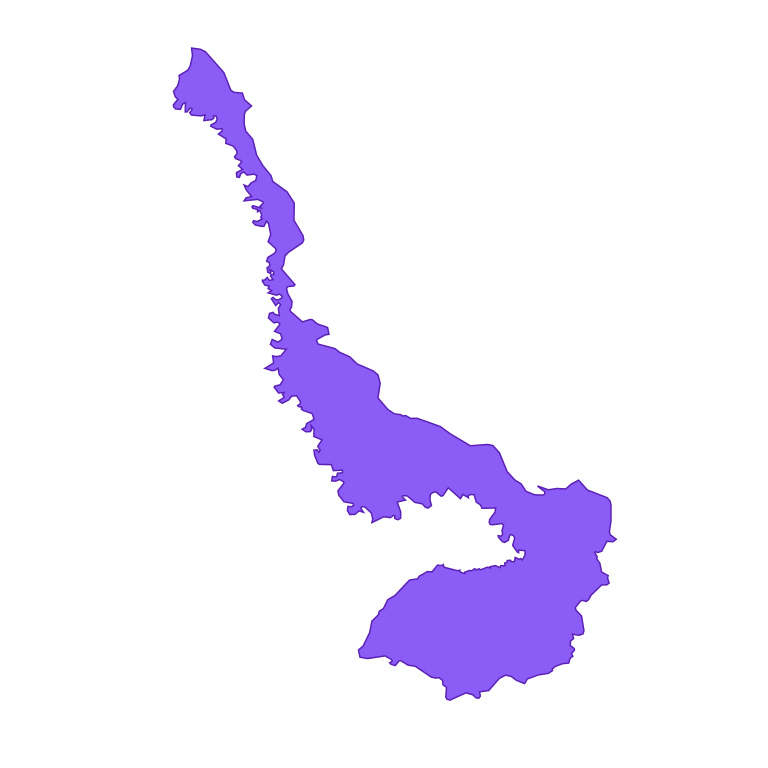 Ipixuna do Pará, Pará, Brazil, rotated 99°
{"feature_id": "56859067B6005115981824", "entity_name": "Ipixuna do Pará", "entity_type": "district", "adm_level": 2, "iso_a3": "BRA", "parent_name": "Brazil", "parent_adm1": "Pará", "projection": "robinson", "projection_center": [-48.107, -2.938], "detail": "fine", "context": "isolated", "style": "filled", "palette": "violet", "viewbox_px": 768, "rotation_deg": 99, "n_neighbors": 0, "source": "geoboundaries", "source_scale": "gbopen_adm2", "svg_char_len": 6166}
<svg xmlns="http://www.w3.org/2000/svg" viewBox="0 0 768 768"><g transform="rotate(99 384 384)"><path d="M460.7,216.5L465.3,208.3L467.6,208.1L468.8,209.5L469.9,217.9L467.8,226.9L461.1,233.0L458.4,239.7L451.2,248.7L433.8,259.3L427.7,266.9L427.5,272.2L431.5,289.0L422.8,310.9L417.2,321.7L412.7,345.9L413.8,352.2L411.8,357.8L412.7,360.7L411.6,362.8L411.9,368.9L408.7,376.0L398.7,387.8L383.8,387.9L375.9,391.4L372.7,396.8L368.4,413.7L362.5,422.1L359.7,432.6L356.7,438.0L354.9,455.3L351.9,457.4L350.1,456.7L344.7,449.8L343.5,446.1L337.0,448.6L335.1,459.2L331.8,464.7L331.7,466.7L335.4,474.3L327.1,487.4L325.4,488.6L322.5,487.4L316.7,487.8L310.1,493.0L304.8,495.3L302.8,494.0L301.3,488.3L299.8,487.5L286.3,503.4L282.3,501.9L273.0,501.8L268.7,498.8L257.4,486.7L254.3,485.8L250.0,487.3L236.3,498.6L219.4,500.9L209.3,509.9L201.4,525.5L195.9,528.2L187.3,537.8L177.9,545.6L162.9,551.9L155.9,560.1L149.1,562.8L139.9,564.1L136.3,563.5L130.1,558.3L125.0,566.3L118.8,569.4L119.4,577.6L117.9,581.2L101.6,590.8L83.8,612.3L82.1,617.7L82.3,626.6L89.8,624.5L100.1,625.1L104.8,626.9L111.3,634.7L114.9,633.7L121.5,634.4L128.0,637.7L133.1,635.0L135.0,632.1L141.2,635.7L143.0,635.2L145.0,632.8L144.5,628.0L138.9,626.6L137.3,624.1L146.4,622.9L146.1,621.2L142.0,618.8L142.0,617.2L142.8,616.4L146.4,618.4L148.5,616.2L147.8,606.7L146.3,602.9L152.0,603.1L149.9,595.4L148.1,593.7L145.8,594.2L145.4,591.9L148.3,590.2L151.8,591.1L155.2,595.4L156.5,595.4L158.5,589.0L157.2,583.8L159.3,583.5L163.1,586.7L166.6,578.3L171.1,577.9L172.5,570.4L176.5,566.1L179.3,565.1L182.9,567.2L184.6,565.9L185.7,560.4L187.3,559.5L191.1,562.0L194.1,557.3L198.3,562.8L202.5,561.8L202.6,559.2L198.7,558.3L196.4,555.7L199.1,552.0L197.1,545.4L198.0,542.2L203.1,542.5L206.1,546.7L210.3,549.2L209.4,553.3L214.3,550.0L219.6,544.0L221.6,549.3L225.0,550.9L221.4,537.6L222.9,532.2L224.3,531.7L227.9,534.2L229.4,532.8L228.4,541.3L229.5,542.2L231.1,540.9L231.3,536.4L233.7,535.8L231.8,534.0L236.0,531.3L238.8,531.7L240.0,530.2L243.4,534.6L243.1,538.5L244.9,538.8L247.0,536.1L247.5,529.3L247.0,527.2L241.6,525.5L243.7,523.1L254.0,519.3L261.6,520.7L267.2,512.2L269.3,511.4L271.8,512.4L277.2,518.6L281.3,519.1L281.8,516.4L285.1,515.3L287.5,517.7L291.8,516.3L292.5,513.9L291.2,513.2L288.9,514.6L290.5,510.4L293.1,510.1L293.3,512.5L294.9,513.1L298.3,510.0L299.6,513.4L297.0,515.9L300.5,518.7L300.3,520.2L301.5,520.2L304.9,517.2L305.4,512.7L307.9,513.4L309.3,509.6L312.1,512.7L313.1,504.0L311.5,501.2L313.2,498.4L315.3,498.6L317.4,501.5L317.6,504.4L315.8,507.1L317.4,508.6L323.5,503.2L320.0,500.9L321.9,498.5L325.7,500.2L332.9,498.1L332.2,502.9L330.6,504.9L332.2,508.1L336.8,508.5L340.9,502.2L339.6,499.6L340.3,496.9L341.4,496.2L349.1,500.4L350.6,493.9L355.6,491.7L359.2,495.1L357.5,501.4L362.6,502.4L365.5,497.5L364.9,486.0L372.1,490.1L373.8,494.2L373.6,498.4L380.5,496.3L387.2,504.1L388.3,496.7L387.6,493.9L384.9,491.1L391.0,489.0L395.5,484.1L401.0,486.4L403.1,491.4L404.4,492.0L409.4,486.7L408.0,481.3L410.3,482.6L412.2,480.6L413.5,481.2L417.2,485.4L418.9,481.4L414.7,475.7L410.5,473.3L409.3,468.5L414.6,463.7L417.1,463.8L418.7,465.9L419.6,465.2L419.7,461.6L421.7,461.7L422.8,459.6L424.3,450.7L425.9,449.4L430.0,447.7L435.2,454.2L439.2,454.8L441.5,457.8L443.4,453.6L442.5,449.3L440.4,448.3L436.5,449.4L439.6,446.0L446.8,445.1L448.9,436.5L455.9,439.7L459.4,436.6L461.6,437.7L459.4,439.5L460.3,442.8L465.5,441.3L472.7,436.9L473.5,435.2L471.9,423.3L477.5,420.5L475.6,411.6L478.2,411.2L479.4,416.0L482.6,416.2L483.4,417.5L483.4,420.5L487.9,420.5L487.5,416.5L485.3,412.9L486.9,408.6L488.4,408.2L496.8,412.8L501.0,411.2L506.6,405.1L506.8,395.9L508.4,395.1L510.3,396.7L510.5,400.4L514.6,400.4L518.3,397.4L517.3,392.3L513.3,388.8L513.9,384.1L510.2,387.6L508.5,386.3L508.4,383.7L513.5,376.3L519.0,374.0L522.8,374.2L515.2,363.5L515.0,356.8L512.3,354.1L512.4,352.6L515.1,352.4L515.9,349.1L514.0,346.6L507.7,347.5L498.5,352.5L495.3,344.6L492.7,348.3L491.3,347.8L490.9,343.5L496.1,335.0L496.4,327.2L499.2,324.0L499.7,321.1L496.6,318.1L490.9,320.6L486.0,320.9L483.6,319.0L482.4,316.1L485.9,309.9L484.9,308.2L476.5,304.3L485.3,290.5L480.8,288.8L483.1,282.8L481.4,283.5L479.7,281.6L479.2,277.7L486.2,274.4L488.4,269.7L491.4,267.8L489.0,254.3L493.3,254.3L501.3,258.5L504.3,258.4L506.1,257.2L506.1,255.0L503.4,245.7L504.6,243.8L510.6,244.5L513.8,243.3L515.9,244.3L515.9,247.5L517.4,247.0L521.2,242.5L521.6,240.0L518.9,236.7L513.8,236.1L512.9,235.1L513.4,232.6L515.6,230.8L523.3,231.7L529.1,226.1L529.5,224.6L526.9,225.1L526.6,218.7L530.7,217.9L536.1,219.8L535.0,221.8L536.0,222.9L534.8,227.3L539.0,227.4L539.6,230.3L538.3,231.5L539.1,234.7L540.8,234.6L541.9,236.7L544.5,236.2L545.2,240.3L547.2,240.7L545.9,245.7L547.9,250.7L549.0,250.3L548.8,253.3L552.5,259.7L551.6,261.1L553.1,263.7L552.2,265.6L554.8,268.1L554.8,270.5L557.3,274.8L558.5,274.6L558.2,277.9L557.1,280.0L556.0,279.9L556.9,282.3L555.6,296.0L553.1,297.2L554.3,298.7L554.5,302.8L562.0,307.2L562.5,311.9L568.5,319.3L571.2,320.3L573.6,328.1L591.3,340.2L596.4,346.5L605.9,349.4L609.1,353.1L613.0,353.5L620.0,358.8L631.9,359.3L646.2,363.7L650.7,367.6L657.6,365.0L657.7,357.2L652.4,340.4L655.0,333.3L656.7,332.7L658.5,334.8L659.6,333.5L660.4,328.9L655.0,325.7L654.6,324.2L657.9,316.4L657.9,309.0L666.1,291.5L666.4,286.8L665.4,283.9L667.5,279.8L671.9,278.6L673.8,274.8L683.4,274.0L685.4,272.7L685.9,269.4L676.3,254.8L677.0,247.8L679.6,243.9L679.5,241.2L677.2,240.0L673.1,241.5L670.4,232.6L656.8,224.1L652.6,218.5L652.9,212.6L656.0,206.8L657.9,198.2L652.9,196.3L647.2,186.0L644.1,176.5L640.7,172.7L639.3,173.4L636.2,170.7L632.4,164.1L630.7,157.9L625.8,157.3L623.4,154.9L620.8,156.7L617.0,154.2L615.5,154.8L613.0,159.2L608.6,159.5L605.8,156.9L601.6,158.7L601.7,152.2L599.7,148.4L596.4,147.9L582.2,152.6L577.2,159.2L574.7,160.0L567.7,156.0L566.7,154.5L567.1,150.2L565.2,148.3L560.1,146.4L548.4,137.6L547.5,132.6L545.4,130.5L540.6,132.9L538.2,132.6L535.7,139.6L527.0,142.9L523.6,146.4L521.1,146.5L517.7,149.4L516.5,149.0L517.0,146.5L515.1,142.8L504.5,139.3L504.0,133.2L501.0,130.3L497.5,137.0L494.4,138.3L483.7,138.4L467.9,140.9L464.3,142.4L461.4,145.8L456.9,166.5L448.5,176.7L453.7,183.6L459.2,188.0L460.2,197.0L462.8,205.2L460.7,216.5Z" fill="#8b5cf6" stroke="#5b21b6" stroke-width="1.5"/></g></svg>